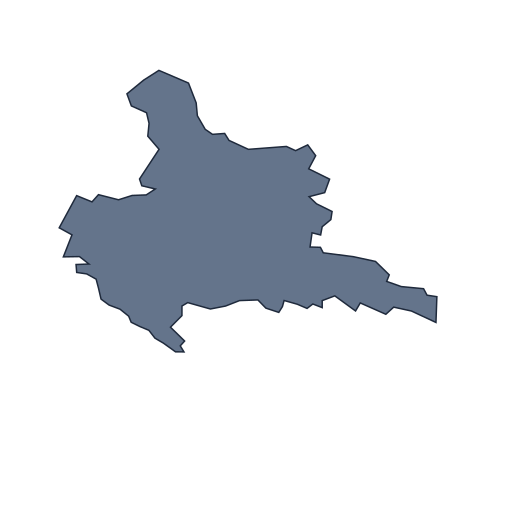 map outline of Kiev City (Mercator projection), rotated 298°
{"feature_id": "UKR-4826", "entity_name": "Kiev City", "entity_type": "Municipality", "adm_level": 1, "iso_a3": "UKR", "parent_name": "Ukraine", "parent_adm1": "", "projection": "mercator", "projection_center": [30.516, 50.341], "detail": "fine", "context": "isolated", "style": "filled", "palette": "slate", "viewbox_px": 512, "rotation_deg": 298, "n_neighbors": 0, "source": "natural_earth", "source_scale": "10m", "svg_char_len": 1334}
<svg xmlns="http://www.w3.org/2000/svg" viewBox="0 0 512 512"><g transform="rotate(298 256 256)"><path d="M338.6,65.9L358.7,74.3L374.3,83.1L377.0,115.2L363.1,131.3L352.3,138.4L344.0,151.7L343.0,160.5L349.5,170.8L345.4,177.9L346.6,199.2L367.0,231.4L367.6,241.5L378.4,249.5L372.6,261.6L357.7,261.6L358.4,284.9L344.2,286.9L333.3,275.0L330.5,284.9L331.0,302.3L323.3,305.0L312.9,300.7L304.9,303.2L302.8,294.6L289.3,299.5L293.9,308.8L290.4,313.9L301.1,342.2L307.3,364.1L301.9,382.5L294.9,383.3L297.2,398.6L305.8,419.3L301.7,425.4L305.0,434.8L281.8,446.1L280.4,419.1L275.5,401.6L265.5,398.0L263.5,370.1L254.2,369.7L257.8,344.3L247.7,335.4L241.5,338.7L240.3,328.7L233.7,325.7L232.8,315.1L229.9,301.7L223.7,303.1L216.9,302.6L214.6,289.2L218.1,278.3L208.9,262.4L197.5,252.6L187.8,240.6L182.8,217.6L177.1,214.1L168.6,218.6L153.0,213.9L147.4,232.9L141.1,231.3L137.5,237.4L133.6,229.9L135.6,215.1L136.0,205.4L140.1,196.3L139.2,186.6L138.9,176.9L143.1,171.8L145.2,160.9L143.7,149.3L145.2,139.4L153.7,132.0L160.5,125.7L160.7,114.9L157.3,105.4L164.0,101.1L170.5,112.3L172.6,100.4L164.8,86.3L188.3,83.6L188.5,69.0L225.1,69.3L226.8,85.8L236.2,88.1L241.1,108.2L251.3,118.2L258.4,130.4L267.9,135.6L264.4,122.2L269.3,117.0L304.7,120.3L311.0,104.2L322.9,99.3L331.1,92.1L330.0,75.5L338.6,65.9Z" fill="#64748b" stroke="#1e293b" stroke-width="1.5"/></g></svg>